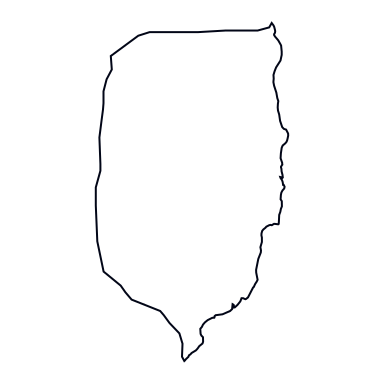 outline of South Tanna, Tafea, Vanuatu
{"feature_id": "77236927B47218530990891", "entity_name": "South Tanna", "entity_type": "district", "adm_level": 2, "iso_a3": "VUT", "parent_name": "Vanuatu", "parent_adm1": "Tafea", "projection": "orthographic", "projection_center": [169.459, -19.612], "detail": "fine", "context": "isolated", "style": "outline", "palette": "ink", "viewbox_px": 384, "rotation_deg": 0, "n_neighbors": 0, "source": "geoboundaries", "source_scale": "gbopen_adm2", "svg_char_len": 2494}
<svg xmlns="http://www.w3.org/2000/svg" viewBox="0 0 384 384"><path d="M184.3,361.0L185.0,360.4L185.7,359.4L188.4,356.8L189.0,355.3L190.4,354.4L191.6,353.0L195.9,350.4L197.3,348.9L198.2,347.7L199.2,346.2L202.5,343.5L203.1,341.7L203.0,337.6L203.0,337.3L202.9,337.1L201.4,335.6L200.6,333.9L200.3,329.1L200.3,328.8L201.9,326.9L203.0,324.6L204.9,322.4L207.7,320.1L212.3,317.8L214.3,317.7L214.6,316.9L214.5,316.4L214.7,316.0L215.7,315.2L222.5,314.3L230.1,311.0L232.1,309.1L232.6,304.2L233.6,304.8L234.0,306.1L234.1,307.5L234.8,307.4L237.5,304.9L240.3,301.4L241.3,298.9L241.4,298.7L241.4,298.4L241.5,298.2L243.1,298.2L244.6,298.9L245.4,299.2L246.1,298.9L246.3,298.8L246.5,298.6L248.0,297.4L253.1,287.5L254.0,286.7L254.3,285.8L255.1,284.1L256.3,282.2L256.5,282.0L256.6,281.8L257.6,279.8L256.2,272.6L256.1,269.9L258.3,258.9L260.8,252.5L261.0,250.5L260.4,247.2L261.9,242.0L261.9,237.6L261.4,235.2L261.5,233.9L261.5,233.4L262.2,230.9L263.3,229.5L265.5,227.7L266.3,226.7L269.2,225.2L270.5,224.9L271.8,225.2L273.9,223.9L275.0,223.9L278.2,224.3L278.7,223.9L278.9,221.4L279.2,214.9L280.3,211.9L280.9,208.9L281.9,206.4L281.8,201.2L280.6,199.3L280.9,194.9L281.4,192.5L282.6,190.3L283.2,189.7L284.2,188.5L284.6,186.8L284.5,186.5L283.7,184.9L283.1,184.9L282.7,182.2L282.5,181.5L282.0,180.1L280.5,177.9L280.2,177.0L281.1,177.2L282.3,178.0L282.8,177.5L282.5,174.9L281.6,171.4L281.4,168.7L281.0,167.4L281.0,166.7L282.1,164.9L282.3,164.7L282.2,164.5L282.2,162.9L280.6,158.3L280.6,157.8L280.7,156.3L280.9,153.2L281.5,149.2L281.6,148.3L281.8,147.5L282.7,145.5L285.2,143.4L286.0,142.5L286.4,142.0L287.1,140.5L287.6,138.5L288.2,135.6L288.1,133.5L286.1,129.6L284.2,129.0L283.8,128.8L282.2,127.1L280.1,120.9L279.2,114.6L278.8,113.2L278.0,110.6L277.7,107.5L277.9,103.9L278.3,101.1L277.3,98.1L276.3,92.4L276.2,92.2L274.1,85.7L273.4,82.1L273.7,78.6L273.5,75.3L273.5,74.9L274.6,71.2L276.1,67.4L280.5,60.5L281.7,54.9L281.7,51.6L281.1,45.5L280.1,43.6L278.2,40.3L275.0,36.5L274.1,35.0L274.1,34.2L274.3,33.8L274.6,33.5L274.8,33.0L274.9,32.8L275.0,32.6L275.2,31.3L275.0,30.0L274.2,26.9L273.5,25.4L271.7,23.0L269.2,27.4L257.8,30.5L252.1,30.5L226.1,30.5L198.6,32.1L178.8,32.1L149.7,32.1L138.3,35.7L110.8,56.0L111.8,69.5L106.6,79.3L103.5,91.3L103.5,103.2L103.0,109.5L101.5,120.9L99.4,137.5L100.4,164.0L100.4,170.8L95.8,187.4L95.8,205.6L97.3,241.4L103.6,271.6L120.7,285.6L125.4,292.3L131.6,299.6L160.2,311.0L163.8,315.2L169.5,323.0L179.4,333.4L182.5,343.7L182.0,356.7L184.3,361.0Z" fill="none" stroke="#020617" stroke-width="2"/></svg>